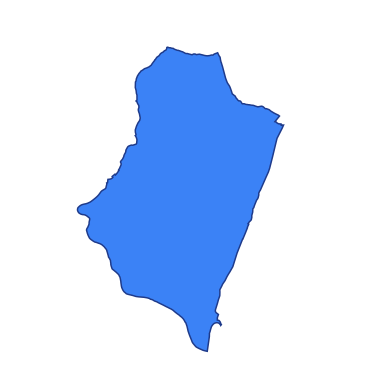 Diculesti, Vâlcea, Romania, rotated 313°
{"feature_id": "2599482B34866762806062", "entity_name": "Diculesti", "entity_type": "district", "adm_level": 2, "iso_a3": "ROU", "parent_name": "Romania", "parent_adm1": "Vâlcea", "projection": "orthographic", "projection_center": [24.005, 44.61], "detail": "fine", "context": "isolated", "style": "filled", "palette": "blue", "viewbox_px": 384, "rotation_deg": 313, "n_neighbors": 0, "source": "geoboundaries", "source_scale": "gbopen_adm2", "svg_char_len": 5955}
<svg xmlns="http://www.w3.org/2000/svg" viewBox="0 0 384 384"><g transform="rotate(313 192 192)"><path d="M307.2,204.2L307.1,202.7L306.1,199.6L305.5,197.3L305.3,196.1L305.0,195.0L304.8,192.2L304.5,191.5L303.9,190.1L303.7,189.6L303.1,189.0L302.9,188.6L302.9,186.2L302.7,185.4L302.4,184.6L301.8,184.0L299.2,182.1L298.1,179.9L297.5,178.4L297.1,177.6L296.0,176.2L295.0,174.6L294.2,173.6L293.5,172.5L292.9,171.8L292.6,171.1L292.3,170.3L291.9,169.7L291.0,168.8L290.8,168.4L290.9,168.0L291.5,165.8L291.4,165.3L291.3,164.9L290.6,164.1L290.5,163.6L290.5,162.5L290.7,161.9L290.8,160.3L291.2,159.2L291.6,158.1L291.4,156.8L291.4,155.8L291.2,154.7L291.5,154.1L292.8,151.8L294.3,148.9L295.0,147.3L295.5,145.3L295.9,143.6L296.6,142.0L297.0,141.2L298.1,139.0L304.5,128.8L305.8,126.5L306.5,125.4L306.7,124.8L308.1,122.7L309.3,121.2L309.8,120.4L310.0,119.3L310.2,118.5L311.1,116.3L311.3,115.8L310.3,115.3L309.5,114.9L308.3,114.3L307.3,114.0L306.6,114.0L305.9,113.4L305.6,113.0L305.3,112.7L303.9,111.9L302.1,110.4L301.3,109.4L300.2,107.7L299.6,106.5L298.4,104.4L298.0,103.6L297.1,102.8L295.7,101.7L295.4,101.4L295.3,101.1L295.2,100.7L295.1,100.3L294.3,99.3L293.7,98.9L292.8,98.6L292.5,98.5L292.2,98.1L290.6,95.2L290.2,94.3L289.4,93.4L288.9,92.7L288.8,92.1L288.3,90.3L288.2,89.7L287.2,87.7L287.0,87.0L286.6,86.2L286.2,85.3L285.6,84.6L285.3,83.9L285.0,83.0L284.7,82.5L284.4,81.6L284.3,80.5L284.1,80.1L283.5,79.4L282.6,77.6L281.9,76.9L281.4,75.6L281.1,75.3L280.9,75.1L280.7,75.1L280.4,75.1L280.1,75.4L279.9,75.6L278.7,76.0L278.1,76.1L277.6,76.0L276.5,75.5L276.1,75.5L274.3,75.4L273.8,75.1L272.3,74.7L271.5,74.6L271.0,74.7L269.8,74.9L268.8,74.9L267.1,74.5L266.4,74.4L264.1,74.8L263.5,74.7L263.2,74.7L263.0,74.8L262.6,75.0L261.8,75.0L260.0,75.2L258.9,75.3L256.9,75.7L254.1,75.2L251.5,74.1L250.3,73.4L249.5,73.1L247.3,72.7L245.7,72.2L245.3,72.2L244.1,72.4L242.7,72.4L241.1,72.7L239.6,73.0L236.8,74.1L235.1,75.3L233.9,75.6L229.7,79.3L228.1,81.9L226.2,84.1L225.4,85.6L221.8,89.0L220.4,89.0L220.4,89.6L220.3,89.8L220.5,90.1L220.2,90.8L219.8,91.4L219.5,92.1L219.3,93.0L218.9,94.1L217.8,95.4L215.9,96.3L215.0,97.2L214.3,98.3L213.4,100.1L210.8,103.7L208.7,104.9L205.6,105.4L202.3,106.5L198.7,108.2L197.1,109.8L195.7,112.0L195.2,112.1L194.5,112.0L194.3,112.9L193.8,114.3L192.6,116.2L190.0,118.2L189.6,118.4L189.3,118.5L189.0,118.5L185.8,116.8L185.2,115.9L184.2,115.2L182.2,114.3L181.1,114.2L177.9,115.0L177.4,115.2L177.0,115.6L175.8,116.3L174.9,116.6L173.5,116.9L172.0,117.5L171.3,118.0L168.5,118.8L166.2,118.9L165.5,119.1L165.2,119.2L164.9,119.7L164.8,120.1L164.4,120.9L163.9,121.3L163.5,121.6L159.8,122.9L157.9,123.3L157.9,123.9L153.9,124.4L152.3,124.4L152.5,123.5L148.9,123.0L148.6,124.2L147.4,124.1L146.4,123.8L146.0,123.6L145.3,123.1L143.9,121.9L141.2,123.9L140.4,123.4L139.9,124.1L139.0,124.7L137.6,125.4L136.9,125.9L136.1,126.3L135.0,126.3L132.3,125.5L131.5,125.3L130.3,125.2L126.3,125.7L124.1,125.7L121.8,125.5L119.0,125.1L116.1,124.6L115.0,124.3L113.3,123.6L112.9,123.4L112.3,123.2L111.9,122.9L111.7,122.8L111.0,122.4L109.5,121.3L107.9,120.3L106.7,119.8L106.0,119.6L105.0,119.4L102.8,119.3L102.5,119.4L102.0,119.6L101.1,120.2L100.6,120.7L100.2,121.3L100.0,121.9L99.6,123.0L99.6,123.9L99.8,124.9L100.1,126.0L100.8,127.3L101.8,128.6L102.3,129.6L102.6,130.6L102.8,131.8L103.0,134.7L102.7,135.4L102.0,136.0L101.5,136.3L99.8,137.3L98.7,138.3L98.3,138.5L97.9,138.8L95.7,139.6L95.1,139.8L93.6,140.1L92.5,140.6L92.2,140.8L90.4,143.7L89.4,145.7L88.6,147.8L88.4,148.4L88.3,149.8L88.4,151.0L88.7,153.1L89.1,155.0L89.9,156.4L90.8,158.6L91.4,159.8L91.9,161.6L92.0,162.5L92.1,164.9L91.6,168.3L91.5,168.7L91.0,169.8L90.6,170.3L90.2,171.1L89.5,172.2L88.3,174.2L87.9,174.8L87.6,175.1L87.4,175.6L87.2,176.7L86.9,177.5L86.6,178.3L86.3,179.1L85.7,179.7L85.4,180.1L84.9,180.7L84.6,181.1L84.0,181.8L83.6,182.1L82.8,183.3L82.2,184.4L81.8,185.0L81.3,186.2L81.4,187.8L81.5,188.7L81.5,189.5L81.6,190.6L81.6,193.8L81.4,195.3L80.8,196.6L80.6,197.4L80.0,198.3L78.1,200.9L77.1,202.0L75.0,204.6L74.2,205.8L73.2,208.1L72.9,209.3L72.7,210.4L72.8,211.8L72.8,213.4L73.6,215.1L75.9,219.2L77.4,222.3L79.1,224.7L82.2,228.6L84.1,231.5L85.0,233.3L85.3,234.8L86.2,236.4L86.7,238.9L87.7,241.2L88.1,242.9L89.7,248.1L90.6,251.4L91.1,252.9L91.5,254.4L92.2,256.7L92.5,258.2L92.6,259.1L92.6,259.8L92.7,262.4L92.8,262.8L92.9,264.3L93.2,266.3L93.2,267.8L93.4,270.1L93.3,271.5L93.2,272.6L92.6,274.6L92.2,275.6L92.1,276.7L90.4,279.9L87.5,284.2L85.5,288.0L84.0,291.2L83.2,292.9L82.4,294.5L82.0,296.0L81.6,299.3L81.5,300.3L81.7,301.6L82.4,304.1L83.8,308.1L84.8,310.0L85.9,311.8L98.1,303.3L99.0,302.5L99.7,301.9L100.4,301.2L102.6,300.2L104.4,299.2L106.5,298.2L107.5,297.9L109.3,297.7L110.8,297.8L112.2,298.4L113.3,299.2L114.0,300.2L114.3,300.9L114.4,301.5L114.4,302.1L114.3,302.8L114.2,303.6L114.0,304.0L115.1,303.9L115.4,302.6L116.1,301.6L116.4,300.2L116.4,299.2L115.8,298.1L115.6,297.9L117.2,296.4L118.1,295.9L120.4,294.9L120.4,293.3L120.2,292.8L120.2,292.0L120.4,291.2L120.7,290.4L121.0,290.1L122.0,289.4L127.8,286.6L131.0,284.9L134.6,283.3L135.3,282.9L137.8,280.7L138.9,279.6L139.3,279.1L140.3,278.8L143.2,278.0L145.6,277.2L149.7,276.6L154.0,275.3L156.6,274.7L159.7,274.1L165.2,272.8L178.1,266.6L192.1,261.1L192.2,261.3L198.4,259.0L203.5,257.0L203.5,256.9L204.4,256.4L206.9,255.6L207.2,255.4L207.0,254.6L208.9,254.3L211.6,254.4L212.3,254.2L214.3,253.0L215.5,251.8L216.6,251.2L217.8,250.6L218.7,250.1L220.0,249.0L221.1,248.1L221.5,247.9L222.5,247.9L222.9,247.8L223.3,247.5L225.4,246.6L230.1,244.8L231.9,244.6L233.0,244.2L235.2,243.0L235.6,242.7L236.1,242.1L236.5,241.8L236.9,241.5L239.2,240.8L239.8,240.8L241.2,240.3L252.6,236.3L258.8,234.2L260.3,233.5L262.3,232.6L272.5,227.0L284.0,220.5L289.2,217.6L300.3,214.4L303.4,213.3L303.0,212.9L302.7,212.4L302.1,212.3L301.9,212.2L301.7,212.0L301.7,211.8L301.7,211.4L301.9,211.3L302.5,210.9L302.4,210.6L301.6,209.8L301.4,209.3L301.1,209.0L300.8,208.4L300.5,207.0L300.5,206.3L300.6,206.0L300.3,205.2L300.0,204.7L307.2,204.2Z" fill="#3b82f6" stroke="#1e3a8a" stroke-width="1.5"/></g></svg>